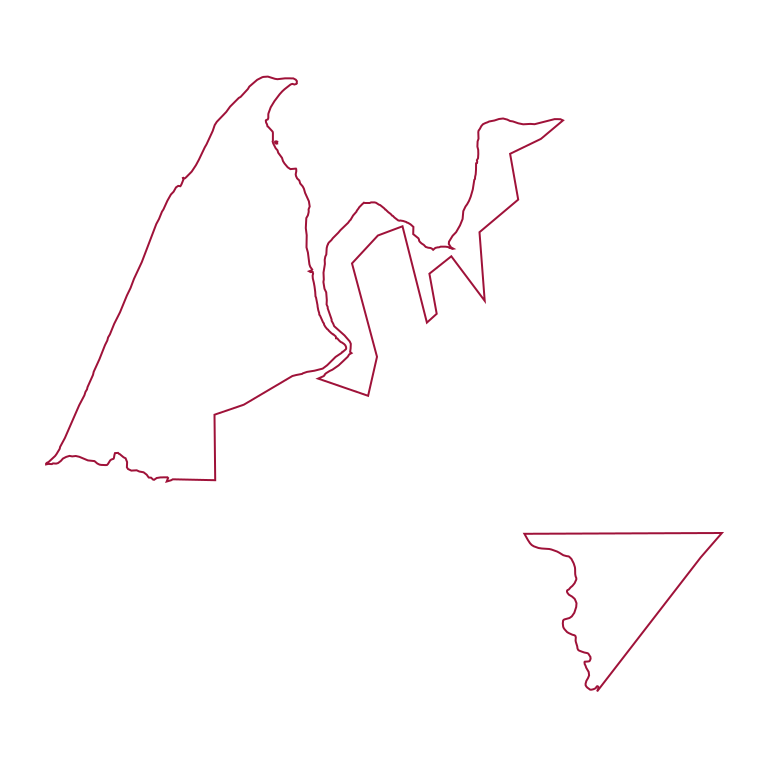 outline of Mapoon, Queensland, Australia
{"feature_id": "25037944B16136262303417", "entity_name": "Mapoon", "entity_type": "district", "adm_level": 2, "iso_a3": "AUS", "parent_name": "Australia", "parent_adm1": "Queensland", "projection": "albers", "projection_center": [141.958, -12.172], "detail": "fine", "context": "isolated", "style": "outline", "palette": "rose", "viewbox_px": 768, "rotation_deg": 0, "n_neighbors": 0, "source": "geoboundaries", "source_scale": "gbopen_adm2", "svg_char_len": 6073}
<svg xmlns="http://www.w3.org/2000/svg" viewBox="0 0 768 768"><path d="M302.9,373.3L307.0,371.9L314.5,370.7L322.7,368.6L327.1,365.3L335.6,356.9L341.6,352.9L342.4,351.8L342.9,351.8L345.9,349.2L346.2,348.2L346.0,346.8L345.3,345.3L344.2,344.1L342.1,342.6L340.6,341.9L339.0,340.4L337.3,338.4L336.0,338.3L335.9,336.8L335.6,336.3L333.4,334.4L333.2,334.5L331.3,333.1L328.7,330.6L328.2,329.8L327.1,329.0L325.4,326.9L324.1,324.7L323.9,323.4L323.1,322.5L320.0,315.5L319.3,314.7L319.2,313.1L318.3,310.3L317.6,306.6L317.5,305.2L316.0,297.4L315.5,296.5L315.2,291.7L314.5,286.4L313.8,282.6L312.8,278.4L312.6,275.6L313.1,273.7L312.7,272.0L310.6,272.1L309.2,271.3L311.6,270.4L312.2,269.6L310.2,266.7L309.4,264.3L307.9,252.5L306.5,247.4L306.7,235.2L305.8,228.1L306.3,218.1L307.9,215.3L308.7,211.9L308.6,209.3L309.7,206.5L308.9,201.3L305.1,192.9L303.9,188.7L302.7,186.4L300.2,183.5L299.3,180.5L297.1,178.4L296.0,176.0L295.7,174.3L296.3,171.1L296.2,169.1L295.9,168.6L290.4,169.1L287.7,167.3L284.5,163.5L283.0,161.1L282.0,157.9L278.2,152.7L277.5,150.3L275.7,148.3L273.2,143.4L272.6,141.4L272.9,140.9L272.9,132.8L272.6,131.6L268.1,126.7L267.5,126.4L267.0,124.3L266.1,122.6L265.8,120.7L266.1,120.1L267.8,119.4L268.3,118.0L268.3,114.3L268.5,113.3L270.7,107.3L274.4,101.2L279.6,94.3L282.3,91.3L284.6,89.2L290.2,84.8L291.2,84.2L292.5,83.9L294.4,84.5L296.4,83.9L296.9,83.2L296.7,82.2L296.9,81.2L295.8,79.7L293.3,78.4L285.3,78.3L277.4,79.2L274.9,78.8L267.9,76.6L263.6,76.9L262.3,77.2L257.2,79.8L249.3,86.6L247.9,89.0L240.6,96.9L238.8,97.9L230.1,106.6L226.2,112.0L216.8,121.8L214.7,125.1L212.7,131.0L206.5,144.4L204.8,147.3L198.9,159.7L196.0,165.1L191.7,171.6L186.5,176.9L185.1,178.2L184.3,178.5L183.4,177.8L182.9,178.0L183.4,179.6L181.4,184.5L180.4,186.2L178.2,185.9L176.0,187.4L173.6,191.7L170.9,194.5L167.4,200.7L163.4,209.5L162.0,211.6L159.0,219.0L156.3,224.0L141.8,262.1L134.0,278.8L130.5,288.1L126.9,295.5L120.0,312.3L114.2,323.8L109.9,334.4L108.1,337.4L107.3,340.5L105.0,345.1L99.4,359.3L93.7,371.8L93.0,374.9L87.5,387.2L87.0,389.4L85.5,391.8L84.4,395.3L79.2,405.2L64.9,438.0L60.1,446.9L59.7,448.8L56.5,454.1L55.1,456.0L48.6,462.0L46.9,462.8L46.1,463.6L46.1,464.4L48.4,463.9L51.9,464.1L53.0,463.4L56.1,463.6L58.0,463.1L60.9,460.9L62.9,458.6L66.2,456.9L69.5,455.9L72.2,456.4L75.8,456.0L79.3,456.8L87.9,460.4L94.5,461.1L97.3,463.5L99.5,464.6L101.1,464.9L105.8,465.1L106.9,465.0L107.8,464.2L110.2,460.4L111.4,459.5L113.5,458.8L113.9,458.0L114.5,454.7L115.0,453.1L118.1,452.9L118.9,453.8L119.6,454.0L123.6,457.3L125.6,458.3L127.1,462.1L126.9,467.3L128.0,469.0L131.3,470.6L136.7,470.3L139.3,471.5L143.6,472.3L146.7,474.7L148.7,477.5L151.1,477.7L153.1,479.6L154.1,479.8L156.7,478.0L160.5,477.4L167.4,477.3L168.1,478.0L166.7,481.5L171.0,480.3L172.8,479.3L215.2,480.2L214.5,414.7L243.8,404.7L292.4,376.0L296.3,375.0L302.1,373.9L302.9,373.3ZM413.4,226.9L410.6,224.4L408.1,222.9L407.0,222.6L406.5,222.1L403.2,221.0L400.2,220.5L399.5,220.7L398.2,220.4L394.4,217.5L392.9,215.9L392.2,215.7L390.7,214.0L388.3,212.2L385.5,209.5L385.2,209.5L384.3,208.4L380.2,205.1L378.8,204.6L376.1,202.8L374.6,202.4L371.1,202.4L369.7,203.0L365.0,203.0L363.9,202.7L363.4,203.3L362.8,203.6L359.0,207.5L358.7,208.2L356.8,210.7L356.5,211.6L353.1,215.5L350.6,219.8L349.7,220.6L348.1,222.8L340.4,230.2L338.3,232.7L332.8,238.2L331.4,240.1L328.8,242.6L328.0,243.9L328.0,244.4L327.4,245.3L326.7,248.0L326.3,254.5L325.3,256.6L324.7,259.8L324.9,264.0L323.5,272.6L323.8,279.5L323.4,282.0L324.5,288.8L326.2,292.3L326.8,300.0L326.6,304.5L327.7,307.0L327.7,308.3L331.6,319.5L331.6,320.8L333.2,323.7L334.2,326.2L344.5,335.4L349.7,341.4L350.8,343.8L350.6,348.5L350.1,351.9L351.5,353.1L349.2,354.4L347.7,356.8L338.6,365.4L332.4,369.7L329.6,371.0L326.1,373.2L324.7,374.5L324.6,375.1L323.7,376.1L318.1,378.6L368.1,395.8L377.0,356.8L352.0,263.4L377.9,235.5L402.5,226.3L426.9,322.6L436.7,313.8L429.4,273.7L451.3,256.3L484.7,300.8L479.5,232.2L518.2,199.6L510.1,153.8L540.9,138.9L563.0,120.4L560.4,119.2L554.7,119.1L534.6,124.2L530.4,123.9L523.2,124.3L518.3,123.3L512.8,121.4L510.1,121.0L507.3,119.6L503.1,118.5L499.0,119.0L494.4,120.5L489.1,121.5L487.5,122.3L485.5,123.0L483.0,124.2L481.3,126.1L479.9,128.8L478.6,130.6L478.3,132.1L478.5,138.8L477.6,141.4L477.4,146.6L478.2,149.9L478.3,153.9L478.1,157.3L478.0,158.3L476.9,160.2L477.2,161.6L477.0,163.0L476.1,163.3L476.0,169.8L475.7,174.3L475.1,176.8L475.0,178.9L474.3,179.8L472.8,189.4L470.7,196.7L469.0,200.9L467.1,204.3L465.5,206.5L463.3,211.1L462.6,219.0L460.0,225.4L456.1,232.2L452.6,235.8L449.0,241.7L448.8,244.0L451.0,247.4L453.4,248.7L452.4,248.9L450.8,248.1L449.7,248.0L448.0,247.0L445.6,246.7L440.6,246.7L439.0,247.3L437.9,247.3L435.4,247.9L433.1,249.8L432.0,248.7L430.6,248.0L428.1,247.7L425.7,246.9L423.8,244.9L421.5,243.4L419.8,241.8L419.1,240.7L419.0,239.6L418.4,238.3L413.2,234.1L413.4,226.9ZM524.4,533.8L527.9,540.0L530.0,543.2L531.7,545.0L533.8,546.3L538.5,548.0L541.8,548.5L549.2,549.0L551.4,549.5L557.0,551.5L559.1,552.6L563.3,555.2L566.5,556.1L568.7,556.4L569.5,557.0L571.4,558.9L573.7,563.4L574.9,567.2L575.1,568.9L575.2,574.1L575.6,576.3L576.3,578.1L576.3,579.5L574.6,583.2L572.4,585.9L570.6,587.4L568.8,589.5L567.5,590.1L567.0,590.9L567.0,591.8L567.5,592.9L568.9,594.7L572.1,596.6L574.6,598.8L575.4,600.4L576.5,603.2L576.2,607.0L574.3,612.8L571.8,616.4L569.5,618.0L564.5,619.4L563.7,619.8L563.1,620.6L562.8,623.5L563.2,626.8L563.7,628.0L564.5,629.2L567.0,632.0L568.6,633.0L572.3,634.7L574.6,635.3L575.4,636.0L575.8,637.3L575.6,640.5L575.8,641.8L577.2,646.3L577.5,648.5L578.1,649.8L579.1,650.6L582.0,651.7L584.3,652.5L587.3,653.1L588.3,653.6L590.5,657.1L590.4,657.9L590.6,658.7L590.0,660.3L589.4,661.2L588.0,661.5L584.8,661.7L584.5,662.1L584.7,664.1L585.5,665.6L586.2,667.7L588.7,672.0L589.1,675.4L588.0,678.1L586.4,680.8L585.6,683.6L585.6,685.2L586.3,686.5L587.3,687.6L590.2,689.7L591.5,689.7L593.5,689.2L594.9,688.6L595.9,687.9L596.5,686.8L597.2,686.2L598.0,686.5L598.6,687.7L597.1,691.4L700.7,557.4L721.9,533.0L524.4,533.8ZM275.1,142.6L276.2,143.7L277.2,143.5L277.1,142.7L277.3,141.7L276.1,141.3L275.1,141.6L275.1,142.6Z" fill="none" stroke="#9f1239" stroke-width="2"/></svg>